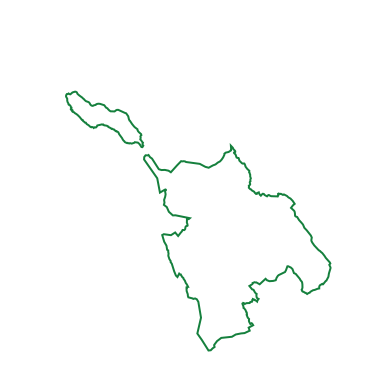 Tenancingo, México, Mexico (Equal Earth projection), rotated 145°
{"feature_id": "50627088B61116384552584", "entity_name": "Tenancingo", "entity_type": "district", "adm_level": 2, "iso_a3": "MEX", "parent_name": "Mexico", "parent_adm1": "México", "projection": "equal_earth", "projection_center": [-99.568, 18.93], "detail": "fine", "context": "isolated", "style": "outline", "palette": "green", "viewbox_px": 384, "rotation_deg": 145, "n_neighbors": 0, "source": "geoboundaries", "source_scale": "gbopen_adm2", "svg_char_len": 6012}
<svg xmlns="http://www.w3.org/2000/svg" viewBox="0 0 384 384"><g transform="rotate(145 192 192)"><path d="M201.5,64.9L200.8,65.5L198.8,66.2L199.5,67.6L199.4,68.7L198.8,70.0L197.5,71.5L197.9,72.2L198.0,73.8L197.7,76.6L198.6,77.8L198.9,82.1L195.5,81.9L194.2,82.4L194.2,82.6L192.5,82.2L192.1,81.6L191.2,81.1L189.5,77.6L181.5,78.7L181.2,76.7L179.7,74.5L176.5,72.6L174.0,71.7L171.9,73.2L169.7,74.1L168.6,74.2L161.7,73.1L159.9,74.0L156.5,76.4L155.8,76.0L154.3,73.3L153.9,71.2L155.0,67.1L154.0,65.4L153.5,59.2L153.7,57.3L153.5,55.6L153.7,54.7L154.5,53.1L156.3,50.4L157.4,49.4L158.3,49.0L158.6,47.4L158.2,46.5L157.9,46.4L157.1,44.4L156.7,44.2L156.2,42.4L154.5,42.4L153.3,42.0L152.6,42.3L151.5,42.3L149.2,42.1L147.6,41.4L144.6,40.7L143.1,40.0L142.8,40.5L141.8,41.7L140.8,42.2L138.3,42.1L137.9,42.0L137.8,41.3L137.6,41.2L133.5,42.4L132.8,42.3L128.9,44.3L126.6,46.7L122.3,50.1L121.8,50.8L121.3,53.6L119.7,54.1L119.5,55.2L120.2,61.3L120.1,63.7L120.3,67.3L120.8,69.0L120.9,70.0L121.4,71.1L121.7,72.3L122.5,78.1L122.5,81.7L122.2,83.5L121.7,84.3L120.0,86.0L119.6,88.2L120.0,94.9L120.5,98.2L119.8,101.4L119.8,102.5L120.4,107.6L120.2,111.2L121.1,112.5L121.2,113.4L120.1,115.2L119.3,116.8L119.1,117.9L120.0,122.2L116.9,123.2L114.7,123.4L114.6,127.0L115.1,130.2L116.1,132.2L116.5,134.3L118.1,137.3L119.1,137.4L120.3,139.6L120.9,139.8L121.8,140.8L122.1,140.8L122.4,141.9L122.6,140.4L123.2,139.7L123.9,139.4L123.9,139.7L124.4,139.3L129.6,143.2L130.2,144.1L130.6,145.2L131.2,145.7L133.0,145.4L134.3,148.0L134.2,148.9L134.9,149.9L136.2,149.9L137.7,149.5L138.0,150.9L137.8,152.6L137.5,153.4L139.8,153.9L140.0,153.8L140.1,153.4L140.6,153.6L141.0,155.4L140.9,156.5L142.1,159.1L142.1,160.1L142.6,160.8L142.9,162.0L143.0,162.9L142.3,163.6L141.9,164.5L140.2,164.7L139.8,165.1L139.3,166.6L138.8,167.1L137.9,167.3L137.6,168.0L136.9,168.9L136.0,169.4L135.4,171.4L134.4,172.8L134.2,173.9L133.9,174.3L133.9,175.4L132.9,176.4L133.5,179.3L133.6,182.1L133.1,183.4L132.8,185.1L133.0,185.6L134.0,186.0L134.6,186.9L135.2,190.5L134.6,192.1L134.4,193.2L135.2,193.8L135.7,194.7L134.8,197.8L135.2,199.6L135.1,200.1L134.7,200.3L133.9,199.9L133.6,200.0L133.2,200.6L133.2,201.6L133.5,203.1L133.2,204.9L133.6,207.6L135.5,204.4L135.8,204.4L136.2,203.7L139.1,203.8L141.8,204.9L143.5,204.8L144.0,204.0L146.6,202.5L149.2,201.5L151.5,201.0L154.0,201.3L156.9,201.1L159.7,201.8L164.4,202.3L166.6,204.9L169.5,210.6L179.7,220.0L180.0,220.8L181.0,221.9L182.5,222.7L183.2,223.5L188.9,222.4L198.0,220.3L199.0,222.9L201.6,225.7L204.3,227.4L206.0,229.5L206.1,230.0L205.6,242.3L206.4,244.6L206.4,247.2L207.0,247.2L209.0,248.7L211.1,248.0L212.6,246.1L212.6,223.2L218.6,209.9L213.0,209.5L212.2,209.2L212.1,208.8L212.4,208.4L213.3,208.4L213.7,207.9L214.9,205.3L216.7,203.5L219.4,201.5L220.7,199.0L222.4,197.6L221.3,194.1L222.3,189.1L221.1,183.8L218.9,182.4L208.8,171.8L210.0,171.7L210.2,172.0L210.7,171.9L211.1,172.1L211.3,172.8L211.6,172.8L213.8,169.8L214.2,168.3L214.9,167.0L215.4,167.0L215.7,167.3L216.2,167.4L217.4,167.1L218.8,165.6L219.6,165.3L220.3,165.3L221.5,166.3L223.0,165.5L224.4,165.2L228.6,163.9L229.0,168.5L234.0,168.7L239.3,173.6L241.1,173.8L243.3,167.2L243.7,162.7L245.5,158.9L245.0,157.8L246.0,156.3L246.4,155.2L248.0,153.3L249.0,150.0L249.1,147.6L249.7,146.9L249.7,144.8L252.1,137.2L253.1,132.8L252.7,130.7L249.3,132.5L249.0,131.0L248.5,130.8L248.8,128.2L248.4,126.6L248.7,125.9L248.7,123.4L249.3,120.9L249.2,119.5L249.6,116.5L250.2,116.8L250.7,116.5L251.0,116.8L251.2,116.5L251.4,116.7L251.9,116.0L253.2,113.9L254.1,110.7L255.0,109.2L255.4,107.8L252.5,104.4L252.3,103.7L250.5,103.0L249.6,101.4L249.8,98.4L256.7,83.9L268.8,73.0L268.8,65.2L269.4,52.7L267.4,51.6L264.7,52.1L262.4,52.1L261.7,53.9L260.7,54.3L257.0,55.5L251.7,55.7L242.3,50.5L237.9,50.2L232.9,48.0L229.9,46.3L224.3,45.3L223.4,48.4L218.3,47.8L218.2,49.6L218.4,50.3L219.9,50.4L219.7,52.5L219.3,53.8L218.1,55.2L218.4,57.1L217.7,60.0L217.3,60.0L216.3,61.9L216.5,62.1L215.9,64.5L216.0,67.0L216.3,67.4L215.3,69.3L215.1,70.7L214.7,71.6L214.4,71.5L213.7,71.8L213.2,71.2L213.0,70.0L211.1,69.7L208.5,68.0L207.7,68.4L207.4,68.2L206.9,68.3L205.9,67.7L205.2,68.1L204.6,69.0L203.8,69.2L203.5,69.0L203.4,69.2L202.6,68.0L202.9,67.8L201.9,66.4L201.5,64.9ZM206.9,257.2L205.3,257.9L205.3,259.1L205.1,259.7L203.9,260.5L204.1,261.9L204.0,263.3L204.2,264.7L202.9,265.9L202.4,267.1L201.4,267.6L200.9,267.6L200.5,268.6L201.2,271.5L201.3,272.9L201.1,274.0L200.7,274.7L201.7,277.8L201.9,279.1L202.1,282.1L202.0,285.9L202.2,286.3L201.9,287.9L200.8,290.6L200.8,294.2L201.6,295.3L205.3,301.6L206.3,302.3L207.3,302.5L209.2,302.4L212.4,304.8L212.9,306.0L213.3,308.2L213.3,309.1L214.0,310.4L214.1,313.4L216.9,317.1L218.2,318.1L219.3,318.6L220.3,318.8L220.9,318.6L223.0,319.4L223.7,319.4L224.3,319.8L224.9,320.8L225.1,321.8L224.9,323.8L225.1,324.9L226.7,327.1L227.2,328.9L227.2,329.8L227.7,331.5L227.7,332.1L229.0,335.9L229.5,338.0L229.2,339.7L229.7,340.8L230.3,341.3L232.8,342.1L235.6,341.8L236.2,342.4L236.6,343.5L237.6,343.5L238.4,344.0L239.5,343.5L240.2,342.8L240.5,342.1L240.7,340.0L241.8,338.4L242.3,337.1L242.5,335.3L242.9,334.6L242.9,334.2L242.5,334.0L242.2,332.8L242.2,331.9L242.6,330.8L242.3,330.3L242.6,329.8L243.8,329.4L243.9,328.8L243.5,328.0L243.0,327.7L243.0,327.3L243.2,327.0L243.8,326.9L243.8,326.4L243.6,325.8L242.9,325.0L242.7,323.7L242.0,322.2L241.5,320.5L241.0,317.7L240.8,314.2L240.4,314.0L240.2,313.5L240.5,312.4L240.0,311.3L239.8,310.0L239.2,309.6L239.3,308.1L238.4,306.0L237.9,303.7L237.4,302.8L236.8,302.8L235.9,301.8L235.8,300.8L234.5,300.8L233.8,300.0L232.4,300.2L231.4,300.8L226.9,299.0L226.3,298.0L225.9,298.0L225.7,297.0L224.4,295.8L223.6,294.9L223.3,293.8L223.0,293.6L223.1,293.0L221.9,290.9L221.7,289.8L221.0,289.5L220.4,288.1L219.9,287.7L219.8,286.6L219.6,285.6L219.0,285.3L218.9,284.6L218.7,284.6L218.1,283.2L218.5,281.1L218.4,276.0L218.6,275.0L218.6,273.3L218.3,272.4L218.4,271.9L218.3,271.2L217.1,269.2L216.5,269.1L216.2,268.5L215.5,267.7L214.8,267.6L213.6,266.2L210.9,265.4L210.3,265.6L208.0,263.5L207.5,261.4L207.6,257.8L206.9,257.2Z" fill="none" stroke="#15803d" stroke-width="2"/></g></svg>